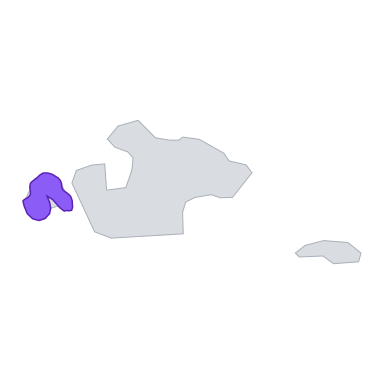 where Eckerö sits in Aland
{"feature_id": "ALD-4812", "entity_name": "Eckerö", "entity_type": "state/province", "adm_level": 1, "iso_a3": "ALA", "parent_name": "Aland", "parent_adm1": "", "projection": "equal_earth", "projection_center": [19.596, 60.195], "detail": "fine", "context": "in_parent", "style": "filled", "palette": "violet", "viewbox_px": 384, "rotation_deg": 0, "n_neighbors": 0, "source": "natural_earth", "source_scale": "10m", "svg_char_len": 1246}
<svg xmlns="http://www.w3.org/2000/svg" viewBox="0 0 384 384"><path d="M169.2,140.1L178.6,140.2L182.8,137.1L199.2,139.3L224.0,153.3L229.0,160.9L246.1,164.9L252.0,172.7L232.5,197.4L220.3,197.8L211.2,194.7L195.1,197.4L185.7,202.1L182.6,212.3L183.2,233.8L111.2,238.1L94.6,231.8L71.9,183.0L76.4,170.4L91.6,165.1L104.7,163.9L106.6,190.2L125.8,187.6L131.8,170.3L133.1,158.1L127.9,152.0L114.9,147.2L107.3,139.1L118.1,126.0L138.1,120.3L155.4,137.8L169.2,140.1ZM68.9,199.7L70.5,207.9L58.7,205.8L49.7,208.6L43.5,218.7L30.2,215.1L24.8,200.7L34.8,179.1L58.6,178.3L68.9,199.7ZM361.0,253.1L358.6,261.8L333.5,263.7L322.9,256.0L299.4,257.0L295.3,253.1L305.0,245.4L323.6,240.6L347.9,242.5L361.0,253.1Z" fill="#d9dde1" stroke="#a8b0b8" stroke-width="1"/><path d="M61.8,187.4L63.0,190.1L68.3,194.0L70.5,196.2L71.5,198.5L72.2,200.8L72.6,207.3L71.6,210.3L69.2,210.8L66.4,210.5L64.2,211.1L59.7,207.6L52.7,199.6L47.1,196.2L49.6,202.4L50.7,208.1L49.6,213.6L45.0,218.6L39.0,220.5L32.7,218.8L27.3,213.7L24.1,205.9L23.3,202.6L23.0,200.9L24.4,199.5L28.3,197.3L30.4,194.6L30.3,191.0L29.8,187.0L30.4,183.3L32.0,181.6L37.6,177.2L39.9,175.0L43.2,173.0L47.8,173.0L52.3,174.3L58.3,178.1L60.3,180.4L61.5,183.5L61.8,187.4Z" fill="#8b5cf6" stroke="#5b21b6" stroke-width="1.5"/></svg>